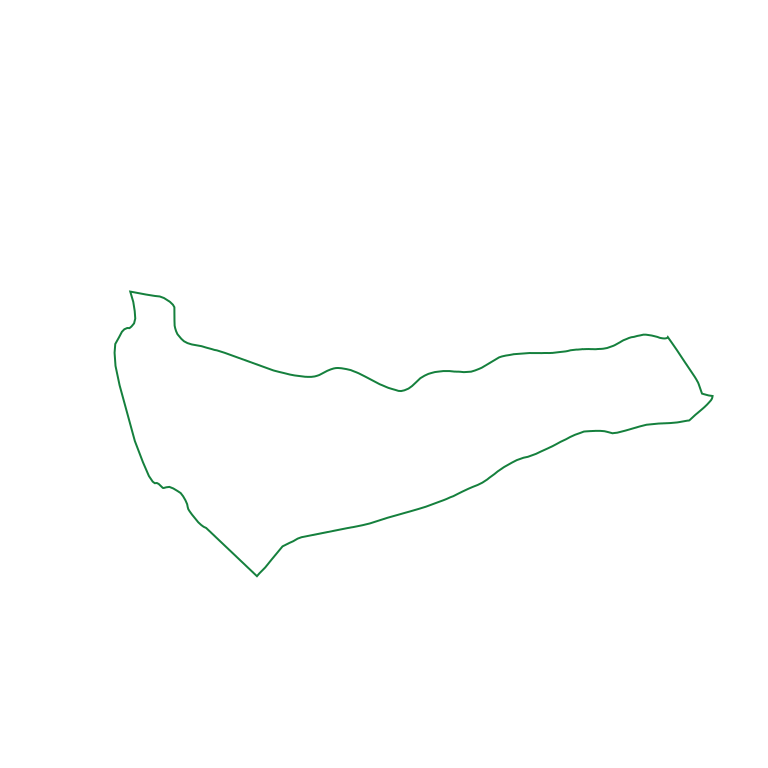 Binh Dai, Bến Tre, Vietnam (Equal Earth projection), rotated 134°
{"feature_id": "81297802B66163336026361", "entity_name": "Binh Dai", "entity_type": "district", "adm_level": 2, "iso_a3": "VNM", "parent_name": "Vietnam", "parent_adm1": "Bến Tre", "projection": "equal_earth", "projection_center": [106.602, 10.168], "detail": "fine", "context": "isolated", "style": "outline", "palette": "green", "viewbox_px": 768, "rotation_deg": 134, "n_neighbors": 0, "source": "geoboundaries", "source_scale": "gbopen_adm2", "svg_char_len": 3730}
<svg xmlns="http://www.w3.org/2000/svg" viewBox="0 0 768 768"><g transform="rotate(134 384 384)"><path d="M493.8,630.7L499.1,621.4L504.7,614.0L509.7,608.4L514.0,605.9L518.1,605.6L520.6,605.9L522.1,607.6L525.0,608.8L528.5,608.8L534.3,607.1L541.9,605.1L548.7,599.5L557.5,589.7L568.6,573.3L598.1,523.6L607.7,503.1L613.5,489.2L614.9,482.6L614.6,480.0L613.0,478.6L612.4,476.6L612.4,473.5L612.4,471.0L611.8,470.2L609.6,468.9L607.1,466.9L605.5,463.0L604.4,458.2L603.7,454.5L604.3,450.5L605.6,446.0L607.2,442.1L608.9,439.7L610.0,437.8L610.6,435.4L611.3,431.5L612.5,421.5L612.4,417.5L612.0,414.6L611.1,411.9L610.5,341.9L606.8,342.1L598.4,342.0L588.5,342.9L571.3,344.2L563.9,341.6L560.2,340.1L555.2,338.7L551.5,336.9L512.9,310.1L511.7,309.2L510.1,308.1L508.4,306.8L506.5,305.5L505.5,304.8L500.4,301.3L494.1,297.3L487.4,293.7L477.7,288.5L468.8,283.3L461.9,279.3L458.0,277.0L449.8,272.3L443.1,268.6L430.2,262.4L426.1,260.4L423.2,259.1L419.4,257.6L416.5,256.2L412.1,254.7L407.3,253.0L400.7,250.5L396.4,248.7L391.6,246.5L386.6,244.7L380.9,243.4L378.3,243.1L372.1,242.0L367.9,241.5L361.6,240.2L360.2,239.9L356.2,238.7L351.5,237.3L346.5,235.6L340.1,232.4L336.4,229.9L328.6,226.1L324.0,224.4L317.7,221.9L311.4,219.5L307.4,218.2L302.9,216.8L297.1,214.6L292.9,213.3L287.8,211.3L286.6,210.7L282.6,208.7L279.4,207.2L278.0,206.0L274.5,202.8L270.7,199.2L267.5,195.9L264.8,192.6L263.2,189.9L261.3,186.5L260.7,185.4L259.4,184.4L257.0,182.4L249.7,177.9L236.8,170.5L231.0,166.9L221.6,158.9L217.5,155.0L213.3,151.0L208.1,146.5L206.4,145.2L204.3,143.7L199.6,140.3L198.7,139.5L198.1,139.1L189.8,138.6L184.1,138.0L180.1,137.6L177.5,137.4L176.9,137.4L174.4,137.3L170.7,137.4L168.5,137.5L166.8,137.9L165.6,138.5L164.4,139.3L164.8,139.9L166.7,142.5L169.3,147.2L170.0,148.6L165.5,157.5L164.7,159.3L164.4,160.5L163.8,162.3L163.0,165.4L160.5,177.0L159.3,182.7L156.1,197.1L154.5,205.1L153.1,212.4L153.8,212.2L154.2,212.3L154.7,212.6L155.4,213.0L156.0,213.5L156.7,214.2L157.6,215.3L158.7,216.9L159.3,217.9L160.2,220.0L160.6,220.7L163.1,225.0L165.3,228.1L166.6,229.9L168.2,231.6L171.4,233.7L173.5,235.2L176.4,236.9L178.6,238.6L180.8,239.8L183.0,240.7L186.3,242.2L189.1,243.0L189.6,243.1L193.5,244.3L195.5,244.9L197.1,245.5L199.3,246.6L203.1,248.5L206.3,250.8L207.7,252.0L210.2,254.4L211.7,255.7L213.7,257.8L215.1,259.3L216.7,261.1L218.2,262.6L220.2,264.5L221.2,265.6L221.3,265.6L224.4,268.3L225.6,269.5L230.1,273.2L232.7,274.8L234.5,276.1L239.2,280.0L244.6,284.4L247.1,286.8L249.7,289.6L252.4,292.2L260.6,300.8L272.7,311.6L272.8,311.6L276.3,314.1L278.9,316.1L282.4,318.4L284.9,319.7L304.4,325.0L307.3,326.2L311.0,327.9L314.6,329.9L317.7,332.7L320.0,334.8L322.6,338.1L326.1,341.9L329.3,346.0L331.5,348.3L333.7,350.5L334.7,351.3L337.6,353.7L340.1,355.7L342.9,357.4L345.9,359.1L349.8,360.6L354.6,361.9L360.0,362.1L366.0,362.4L370.3,363.2L374.3,364.9L377.2,366.8L378.9,368.8L380.4,371.8L381.8,374.4L383.7,378.1L384.7,380.6L384.8,380.9L386.2,384.6L387.1,386.8L391.7,402.6L392.1,403.9L393.9,409.7L394.9,412.3L395.9,414.6L397.1,417.6L398.2,419.4L399.4,421.4L402.2,425.5L404.5,428.3L406.0,429.7L407.8,431.0L410.6,432.5L414.0,434.0L419.5,435.8L422.5,436.8L424.3,437.7L426.7,439.1L429.3,441.2L431.2,443.1L433.7,445.9L434.5,447.0L436.9,450.2L439.9,454.2L442.6,458.3L443.8,460.4L445.7,463.7L448.2,467.9L450.8,472.5L451.2,473.3L472.3,520.4L475.6,527.0L475.9,527.6L477.3,529.7L478.2,531.5L479.0,533.0L480.0,534.8L481.0,536.6L482.0,538.5L482.8,540.1L483.6,541.6L489.1,549.8L491.1,553.8L492.2,557.6L492.3,561.2L491.7,566.7L491.6,567.3L490.4,570.3L488.9,573.0L487.5,575.1L484.1,578.6L478.3,584.3L474.4,588.1L473.6,590.9L473.6,592.8L473.6,595.1L475.0,602.0L476.8,606.1L478.6,608.4L479.7,609.8L485.0,617.4L493.3,630.0L493.8,630.7Z" fill="none" stroke="#15803d" stroke-width="2"/></g></svg>